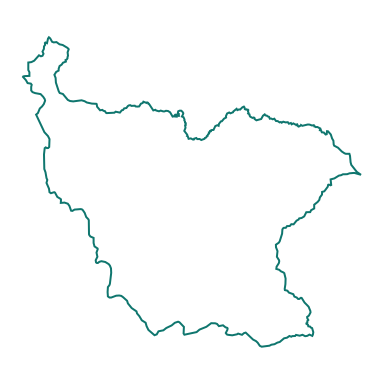 Chai Prakan, Chiang Mai, Thailand
{"feature_id": "78962969B89522640668309", "entity_name": "Chai Prakan", "entity_type": "district", "adm_level": 2, "iso_a3": "THA", "parent_name": "Thailand", "parent_adm1": "Chiang Mai", "projection": "robinson", "projection_center": [99.191, 19.697], "detail": "fine", "context": "isolated", "style": "outline", "palette": "teal", "viewbox_px": 384, "rotation_deg": 0, "n_neighbors": 0, "source": "geoboundaries", "source_scale": "gbopen_adm2", "svg_char_len": 5939}
<svg xmlns="http://www.w3.org/2000/svg" viewBox="0 0 384 384"><path d="M361.0,174.8L356.8,171.9L351.3,164.9L350.6,162.3L350.0,155.8L349.4,153.8L345.8,153.8L344.5,153.3L341.8,151.5L338.0,147.7L334.2,145.7L333.7,144.5L333.4,140.7L332.1,138.5L330.8,134.5L328.0,131.3L327.0,131.2L326.7,134.2L325.6,134.5L323.8,132.5L321.8,132.3L321.0,130.3L320.1,130.2L320.6,129.3L320.3,128.5L319.6,128.6L319.0,127.8L317.3,127.0L315.8,127.1L315.2,126.5L314.4,126.5L313.8,125.2L312.0,125.5L309.6,124.6L307.8,124.5L302.3,125.8L301.0,125.0L300.8,125.5L298.7,126.6L298.1,126.3L297.3,124.5L296.4,125.1L296.1,124.5L295.5,124.6L293.3,123.4L291.7,124.3L290.9,123.0L288.9,123.7L287.8,122.2L285.6,122.4L283.2,121.7L281.7,122.7L280.9,122.0L279.6,122.4L277.7,121.1L276.0,121.0L274.3,118.7L272.8,119.3L271.0,118.5L269.8,118.7L269.0,116.8L267.5,116.3L266.8,115.6L265.4,115.4L264.7,114.4L263.0,115.7L261.2,119.0L256.4,120.3L254.6,119.0L254.5,118.0L253.8,117.5L252.5,117.9L250.3,116.7L249.6,115.6L249.5,114.4L248.1,113.5L248.5,112.7L248.0,111.5L248.3,110.1L247.8,109.6L247.0,109.8L246.4,109.3L245.5,109.5L244.8,109.1L244.5,107.4L243.9,106.6L242.4,107.3L240.1,109.6L239.1,109.4L237.4,110.1L236.6,108.8L233.3,111.5L233.0,112.3L230.4,113.3L229.2,112.5L227.1,113.5L225.9,116.2L226.1,117.5L224.0,118.7L221.9,121.2L220.9,121.4L219.0,123.8L218.6,125.8L217.3,125.2L215.3,126.1L213.5,129.9L211.3,130.1L211.0,131.1L210.0,131.0L209.7,132.1L208.9,132.4L209.1,133.5L207.9,134.5L207.6,135.9L206.8,136.1L206.3,137.4L204.9,138.0L204.5,138.8L201.3,140.0L199.6,139.0L197.3,139.1L196.3,138.0L194.1,138.7L194.0,139.4L193.1,139.6L190.8,138.4L188.6,138.8L187.8,136.4L187.1,136.0L187.4,135.6L187.2,134.7L184.3,130.9L185.5,127.8L185.1,125.4L185.8,124.9L185.5,124.2L185.8,123.2L185.0,122.6L185.0,121.6L184.3,120.3L184.5,119.5L183.5,117.2L181.9,116.5L183.0,114.4L183.3,113.2L182.4,111.7L181.2,110.7L179.6,110.7L178.2,111.3L177.8,113.2L178.8,113.8L178.9,115.9L177.9,115.9L176.6,114.8L175.7,114.7L175.5,115.2L176.2,116.6L174.9,116.5L174.5,115.5L173.7,116.4L172.6,116.6L170.1,112.3L168.0,111.0L165.9,110.8L164.5,111.4L163.2,111.4L160.7,110.6L159.0,111.3L156.1,110.5L155.4,109.8L153.3,110.4L149.0,103.9L148.5,103.9L148.0,102.8L147.5,102.5L146.5,102.9L146.3,102.5L145.3,102.5L143.4,101.7L142.7,103.0L140.9,103.7L139.2,106.4L137.3,106.6L135.5,106.4L134.8,105.7L131.4,105.9L130.4,105.2L129.1,105.3L127.8,106.1L126.4,108.0L124.2,108.4L123.0,110.0L121.8,110.3L119.9,112.6L115.6,111.7L114.4,112.7L106.7,113.1L105.9,112.7L105.0,111.2L103.4,110.8L102.4,109.9L100.1,110.3L97.1,106.7L96.7,104.1L96.3,103.8L91.9,103.6L86.8,102.5L84.6,101.2L81.6,100.3L73.2,101.4L70.0,101.0L67.8,99.9L62.9,94.0L59.7,93.0L58.7,91.2L55.9,82.6L55.6,77.9L54.4,74.8L56.2,71.9L58.6,70.6L58.7,68.6L59.6,66.0L61.6,64.7L63.0,62.7L65.9,61.6L65.5,60.1L66.8,59.4L67.5,58.3L67.5,57.2L68.0,55.7L67.6,52.3L68.7,49.2L67.5,47.9L62.7,45.0L59.5,44.3L56.5,42.1L53.7,42.4L52.1,41.8L50.2,38.4L48.9,37.3L48.0,38.6L47.0,43.2L45.4,42.5L44.9,43.0L45.1,44.9L44.0,46.4L43.9,48.9L42.5,51.6L43.5,53.8L42.5,55.8L40.9,56.3L39.0,55.3L34.2,60.7L31.4,62.1L28.3,62.5L28.3,70.0L29.4,72.2L29.4,75.9L24.8,76.1L23.3,76.4L23.0,76.9L25.9,80.1L27.6,83.1L30.8,83.6L31.7,84.8L31.2,86.8L31.2,90.5L32.5,92.1L35.1,93.1L40.6,94.1L43.2,96.8L44.7,99.1L45.1,100.7L43.8,104.1L42.0,106.5L39.8,108.5L37.9,113.1L36.1,114.6L44.4,132.2L48.0,136.1L49.5,139.1L49.2,147.0L48.2,148.0L47.0,148.1L45.7,147.4L44.7,148.2L44.0,154.4L44.3,169.0L45.5,172.3L46.5,178.1L47.3,179.9L46.5,182.9L49.0,188.7L49.5,192.2L50.9,193.2L54.2,192.2L55.0,192.6L57.3,196.9L60.7,199.0L61.0,199.6L60.8,202.9L64.5,202.6L67.8,203.7L69.4,205.9L71.1,210.7L72.4,210.9L74.5,209.6L80.5,209.1L81.8,209.3L82.8,210.1L84.7,212.9L86.2,217.0L88.4,219.3L88.8,220.3L89.0,234.2L89.3,235.1L90.4,236.5L93.6,237.9L93.6,243.0L94.5,246.4L97.6,248.5L97.7,249.2L96.5,252.6L97.4,256.8L95.7,260.2L96.0,262.3L96.6,262.9L97.8,263.0L99.4,261.8L101.4,261.2L105.3,262.0L108.7,264.1L109.9,265.6L111.0,268.4L111.2,272.9L109.9,283.8L109.4,285.2L107.9,287.1L107.6,292.1L107.9,296.4L109.4,297.5L111.3,297.5L116.2,295.7L119.2,295.5L121.3,295.9L123.1,297.2L127.1,300.8L127.9,303.4L131.7,308.1L136.5,311.4L137.0,313.4L139.3,316.1L141.8,320.3L145.6,322.7L146.6,326.2L148.4,329.9L154.5,335.2L156.7,334.4L158.5,331.3L163.4,330.3L166.3,328.0L171.7,325.4L174.8,322.8L178.1,321.7L179.5,322.3L183.9,326.9L183.6,333.5L184.4,334.7L196.6,332.1L199.5,329.6L206.4,326.8L211.2,323.2L215.2,323.3L217.0,323.9L218.9,326.1L223.0,325.3L225.5,327.3L227.3,327.9L227.6,328.4L227.4,329.8L225.8,333.0L226.8,334.4L227.9,334.8L232.3,335.3L237.0,334.3L238.1,333.6L242.0,334.8L244.0,333.1L245.7,332.6L253.1,339.6L256.0,341.1L257.7,342.7L259.8,345.8L261.7,346.7L269.5,345.7L271.4,344.7L274.5,344.2L277.4,342.6L279.7,342.0L284.1,338.3L287.0,337.7L289.4,336.0L291.3,336.7L292.3,336.1L295.1,336.0L296.0,334.9L299.7,335.7L302.5,334.8L305.0,336.1L305.9,336.1L307.4,335.8L309.4,334.6L312.3,335.9L312.9,334.6L313.3,332.2L312.1,328.1L310.9,327.6L310.1,326.6L308.3,326.3L308.0,324.9L306.4,323.8L306.4,323.3L307.3,322.8L307.3,321.1L308.3,320.0L307.3,318.3L307.1,317.0L308.9,315.6L310.5,312.5L310.4,311.1L308.6,306.7L304.5,302.5L301.7,298.0L301.0,297.8L299.1,299.0L298.0,298.9L296.7,297.5L294.4,296.6L293.3,294.2L288.9,292.6L287.4,290.7L284.9,290.1L284.7,288.9L285.4,284.2L285.6,278.6L284.3,273.2L283.5,272.5L280.9,271.3L279.2,269.8L276.3,268.9L276.6,266.7L278.8,263.2L279.2,261.6L279.1,260.3L276.9,256.8L277.5,251.1L276.0,247.3L275.9,244.7L278.8,242.7L279.7,241.3L282.1,233.7L282.4,229.4L283.2,228.2L283.9,227.8L285.8,227.8L287.0,226.1L289.8,226.0L291.3,224.2L293.6,224.3L296.6,220.6L298.5,219.6L299.2,218.4L301.6,218.0L304.2,216.4L306.3,212.2L310.2,212.1L311.1,210.2L314.2,208.5L314.2,204.7L317.7,201.9L319.3,199.9L319.9,197.4L322.0,194.6L322.1,191.9L324.1,191.4L324.8,190.7L327.7,186.8L328.2,184.8L328.9,184.6L330.6,185.3L331.2,185.0L330.6,179.4L334.4,178.4L338.9,175.6L341.1,175.2L342.9,174.3L347.1,174.2L349.6,173.3L354.3,172.9L361.0,174.8Z" fill="none" stroke="#0f766e" stroke-width="2"/></svg>